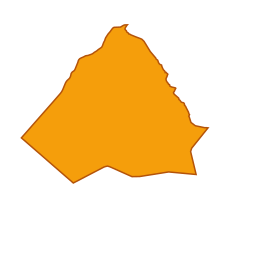 Matruh, Equal Earth projection, rotated 41°
{"feature_id": "EGY-1540", "entity_name": "Matruh", "entity_type": "Governorate", "adm_level": 1, "iso_a3": "EGY", "parent_name": "Egypt", "parent_adm1": "", "projection": "equal_earth", "projection_center": [26.768, 29.661], "detail": "fine", "context": "isolated", "style": "filled", "palette": "amber", "viewbox_px": 256, "rotation_deg": 41, "n_neighbors": 0, "source": "natural_earth", "source_scale": "10m", "svg_char_len": 2139}
<svg xmlns="http://www.w3.org/2000/svg" viewBox="0 0 256 256"><g transform="rotate(41 128 128)"><path d="M54.1,188.6L54.2,173.1L54.3,157.6L54.3,151.0L54.3,146.2L54.1,144.0L53.6,141.9L51.3,135.1L51.0,133.7L50.9,132.2L51.2,129.4L51.2,128.5L50.8,126.9L49.3,124.0L49.2,122.3L49.7,120.3L49.7,119.6L49.6,118.7L47.1,111.4L46.3,109.7L46.1,108.9L46.1,107.4L46.6,106.0L47.8,103.5L48.3,102.2L48.5,101.6L49.3,100.5L50.2,99.5L51.9,96.5L52.5,95.2L52.8,93.9L52.9,93.1L53.8,90.4L54.1,88.3L54.5,86.8L54.9,85.4L55.1,84.1L54.7,82.5L53.5,79.4L53.1,77.5L52.1,75.1L51.9,74.3L51.3,70.2L51.3,67.0L51.0,63.8L51.0,62.4L51.4,61.2L56.1,56.8L57.2,53.5L58.0,52.2L59.8,50.6L59.8,50.9L60.1,53.4L60.4,54.6L60.9,55.4L61.6,55.6L63.0,55.7L64.1,56.3L64.7,56.3L66.1,56.1L66.3,56.2L66.7,56.4L67.0,56.5L67.6,56.1L68.3,55.9L69.1,55.8L73.8,54.2L79.2,52.2L80.5,51.9L83.3,52.1L94.7,55.7L103.1,57.0L103.5,57.3L104.0,57.5L105.4,57.4L106.0,57.4L108.1,58.6L109.3,59.0L110.6,59.0L111.6,58.6L112.1,58.5L112.6,58.9L113.0,59.3L113.3,59.5L113.6,59.5L113.9,59.6L114.7,60.1L116.5,60.8L118.5,61.0L119.2,61.3L119.7,61.7L119.8,61.5L120.1,61.3L120.2,61.1L120.6,61.2L122.4,61.2L122.6,61.2L122.8,61.4L123.0,61.6L123.0,61.8L123.0,62.2L123.2,62.7L123.4,62.9L123.5,63.0L123.6,63.7L123.7,63.9L123.9,64.3L124.2,65.5L124.5,66.0L125.2,66.7L126.0,67.2L127.0,67.6L128.8,67.9L129.5,68.2L130.1,68.4L130.8,68.0L132.2,68.9L133.9,68.5L137.3,66.7L137.8,66.6L138.1,66.8L138.2,67.4L138.3,68.1L138.4,68.4L138.9,69.8L139.0,71.1L139.1,71.4L139.9,72.0L141.3,72.2L146.5,72.2L146.9,72.3L147.1,72.5L147.4,72.8L147.6,73.0L148.0,73.1L148.8,73.0L149.5,73.1L150.7,73.4L151.3,73.5L151.9,73.3L153.1,72.6L153.8,72.5L154.3,72.6L154.8,72.9L155.3,73.2L155.6,73.7L155.9,73.8L156.9,73.8L157.3,73.9L157.6,74.0L158.1,74.3L163.3,76.4L164.3,77.1L164.9,77.4L165.6,77.5L166.0,78.7L166.1,79.1L166.3,79.3L166.8,79.4L171.9,82.5L176.5,82.2L177.4,82.1L181.3,79.9L185.6,77.5L187.1,76.2L188.3,75.4L188.3,75.5L189.3,101.4L190.7,104.7L209.9,118.4L187.5,134.5L168.7,156.9L162.9,162.1L139.7,169.2L137.5,170.2L136.2,172.0L135.4,173.4L122.8,205.4L54.5,205.4L54.0,205.4L54.1,191.6L54.1,188.6Z" fill="#f59e0b" stroke="#b45309" stroke-width="1.5"/></g></svg>